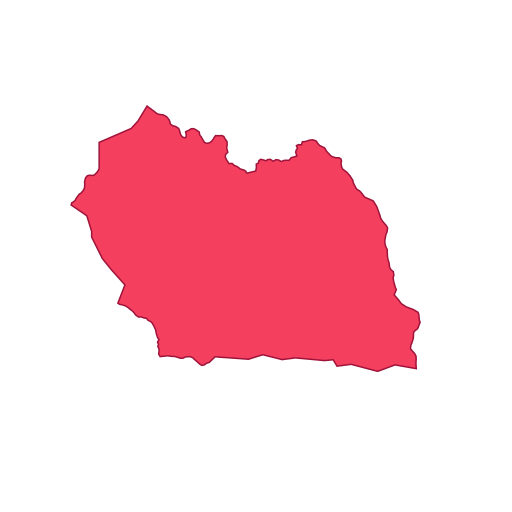 Alto Longá, Piauí, Brazil (Robinson projection), rotated 292°
{"feature_id": "56859067B34833436466805", "entity_name": "Alto Longá", "entity_type": "district", "adm_level": 2, "iso_a3": "BRA", "parent_name": "Brazil", "parent_adm1": "Piauí", "projection": "robinson", "projection_center": [-42.12, -5.395], "detail": "fine", "context": "isolated", "style": "filled", "palette": "rose", "viewbox_px": 512, "rotation_deg": 292, "n_neighbors": 0, "source": "geoboundaries", "source_scale": "gbopen_adm2", "svg_char_len": 3331}
<svg xmlns="http://www.w3.org/2000/svg" viewBox="0 0 512 512"><g transform="rotate(292 256 256)"><path d="M354.2,98.8L336.9,96.0L327.5,92.5L302.6,68.0L283.5,75.7L278.3,77.8L276.1,77.7L273.7,77.1L271.7,76.3L269.9,75.2L269.0,72.9L268.4,71.1L267.1,69.5L264.8,68.7L261.0,69.1L257.2,70.8L254.5,71.5L251.9,71.2L248.8,70.2L247.0,68.9L245.1,68.4L242.6,67.8L239.6,67.4L237.9,66.5L236.2,65.2L234.0,65.5L232.8,71.1L231.0,79.4L229.9,84.1L217.2,94.4L212.0,96.5L196.0,114.6L189.1,127.0L186.3,132.7L180.1,145.3L160.5,145.6L160.1,147.7L160.7,150.9L160.8,153.9L160.4,156.3L159.5,159.1L158.8,161.7L157.8,164.1L156.2,166.5L155.4,169.9L156.5,172.3L156.6,175.5L157.2,177.8L156.1,179.6L155.5,183.9L153.6,186.6L151.7,188.7L150.1,190.4L146.1,193.1L143.4,195.4L142.0,197.4L139.3,196.9L137.4,198.8L135.3,198.8L134.1,200.3L132.1,201.6L128.7,202.4L126.8,204.8L128.1,207.2L130.3,211.3L131.4,215.6L132.4,218.3L132.7,221.7L132.9,224.3L134.0,226.7L135.7,228.1L137.3,230.9L138.0,232.9L138.0,235.3L137.1,237.5L136.2,240.3L134.6,244.5L134.3,246.8L135.7,248.9L138.1,250.4L139.8,252.5L147.3,255.9L148.8,260.9L151.5,269.1L157.5,287.8L159.8,290.5L167.0,299.3L169.3,315.9L169.7,319.0L170.9,321.1L174.3,327.2L176.2,330.4L184.7,358.7L188.7,366.4L184.2,372.4L191.2,384.8L194.2,408.6L194.6,412.0L207.1,425.7L211.6,446.8L216.6,444.4L220.8,443.0L223.2,441.8L225.1,439.5L226.4,436.7L227.9,434.0L231.2,433.0L233.8,433.1L238.7,432.7L242.3,431.4L244.3,430.7L246.5,431.5L248.4,432.7L250.2,433.2L253.7,433.0L256.0,433.0L257.8,431.4L262.9,428.8L264.5,427.3L265.3,421.9L265.1,414.3L266.3,408.5L268.9,404.3L271.7,398.7L277.5,398.7L278.8,397.2L284.2,393.0L287.4,391.2L289.7,391.1L292.9,389.2L293.8,386.4L294.9,384.8L296.4,383.6L299.6,381.9L301.9,379.9L304.7,378.1L307.6,376.8L311.1,375.3L313.4,372.7L315.5,371.1L318.5,369.7L321.7,369.0L324.8,368.4L327.5,368.5L329.5,368.0L331.5,367.4L333.1,365.2L335.8,360.0L338.0,357.2L340.5,355.4L343.4,352.7L346.8,349.7L348.3,347.8L351.0,344.0L351.3,334.7L354.3,329.6L355.2,327.5L355.6,324.6L356.8,322.8L360.6,318.5L362.4,317.5L365.5,313.2L367.7,308.8L369.0,304.0L370.4,302.2L373.8,300.1L376.1,299.7L377.7,298.5L378.2,296.3L377.0,293.2L376.6,289.6L377.2,287.2L379.7,282.0L382.0,279.1L382.1,276.6L382.3,273.8L383.0,272.0L385.2,268.6L385.0,265.0L383.4,262.1L381.7,260.2L380.4,258.4L379.3,256.2L376.1,256.5L375.2,253.7L373.5,252.1L371.2,254.2L369.6,253.6L367.1,253.9L364.0,256.4L362.3,254.4L360.4,251.8L357.1,250.8L356.0,247.9L355.1,246.1L353.0,244.0L353.5,241.3L352.9,238.5L350.3,236.5L351.0,233.1L349.8,230.7L348.0,229.5L347.9,227.5L347.5,224.2L345.5,223.0L343.0,223.4L341.3,221.8L338.2,223.2L334.7,223.9L332.9,221.4L331.3,219.1L329.4,216.7L330.8,214.7L331.2,212.6L330.8,208.8L331.5,206.6L331.9,204.6L331.8,202.1L332.9,199.2L331.6,196.3L333.7,193.3L336.1,190.5L338.7,189.8L341.7,191.0L343.9,189.2L345.7,188.2L348.4,187.6L351.3,186.2L353.2,183.2L354.8,181.4L354.9,179.3L353.4,176.0L352.5,173.4L349.7,172.7L347.9,172.5L345.7,171.8L343.7,170.7L342.0,168.2L342.0,165.7L344.2,162.7L346.0,160.5L347.0,158.6L349.7,156.9L350.6,152.9L350.7,150.4L349.8,148.3L347.4,146.6L344.9,144.2L342.1,146.0L339.8,146.6L338.7,145.0L339.0,142.7L340.4,140.6L343.4,138.3L345.3,136.5L346.0,133.0L345.6,129.6L346.3,127.2L348.4,125.7L349.9,124.2L351.7,120.8L352.1,117.0L351.5,115.0L350.8,111.4L351.6,108.5L354.2,98.8Z" fill="#f43f5e" stroke="#9f1239" stroke-width="1.5"/></g></svg>